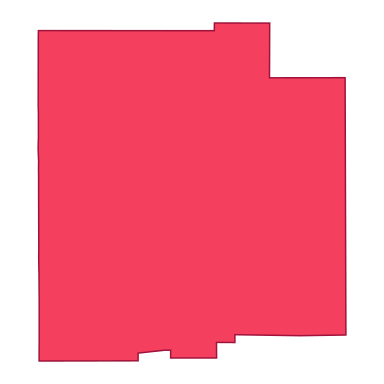 Kootenai, Idaho, United States of America
{"feature_id": "52423323B63965219739114", "entity_name": "Kootenai", "entity_type": "district", "adm_level": 2, "iso_a3": "USA", "parent_name": "United States of America", "parent_adm1": "Idaho", "projection": "robinson", "projection_center": [-116.9, 47.679], "detail": "fine", "context": "isolated", "style": "filled", "palette": "rose", "viewbox_px": 384, "rotation_deg": 0, "n_neighbors": 0, "source": "geoboundaries", "source_scale": "gbopen_adm2", "svg_char_len": 689}
<svg xmlns="http://www.w3.org/2000/svg" viewBox="0 0 384 384"><path d="M38.4,30.6L38.3,36.6L38.3,40.9L38.2,105.4L38.4,114.4L38.4,138.0L38.2,144.6L38.2,145.5L38.2,147.4L38.1,147.6L38.4,156.2L38.4,156.7L38.6,161.1L38.6,161.5L38.5,168.3L38.6,177.1L38.6,189.6L38.6,191.3L38.6,192.3L38.7,221.8L38.8,248.5L38.7,257.0L38.9,270.8L39.0,273.7L39.0,276.5L39.2,300.6L39.2,308.4L39.2,323.8L39.2,335.9L39.2,343.1L39.1,356.2L39.1,361.0L138.1,360.8L138.1,353.1L164.5,350.2L170.7,350.2L170.6,358.0L216.6,358.0L216.5,342.4L234.9,342.5L234.9,334.7L299.8,335.7L345.9,335.0L345.1,77.7L269.5,77.8L269.7,23.1L214.4,23.0L214.3,30.7L186.3,30.7L38.4,30.6Z" fill="#f43f5e" stroke="#9f1239" stroke-width="1.5"/></svg>